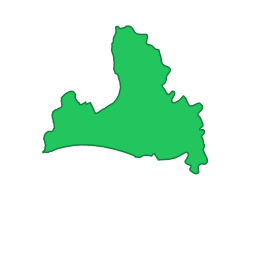 the district of Vung Tau, Bà Rịa - Vũng Tàu, Vietnam, rotated 46°
{"feature_id": "81297802B39135443664879", "entity_name": "Vung Tau", "entity_type": "district", "adm_level": 2, "iso_a3": "VNM", "parent_name": "Vietnam", "parent_adm1": "Bà Rịa - Vũng Tàu", "projection": "albers", "projection_center": [107.117, 10.402], "detail": "fine", "context": "isolated", "style": "filled", "palette": "green", "viewbox_px": 256, "rotation_deg": 46, "n_neighbors": 0, "source": "geoboundaries", "source_scale": "gbopen_adm2", "svg_char_len": 5667}
<svg xmlns="http://www.w3.org/2000/svg" viewBox="0 0 256 256"><g transform="rotate(46 128 128)"><path d="M115.6,57.0L114.9,56.7L114.1,56.6L111.8,56.9L110.6,57.4L110.0,57.9L109.0,58.2L108.2,58.5L107.2,58.7L106.1,58.7L105.3,58.6L103.3,57.7L99.8,55.1L95.9,53.2L94.2,52.1L93.3,51.7L93.0,51.7L91.9,52.4L91.2,52.9L90.1,53.6L85.5,53.6L84.6,53.9L84.1,54.2L83.5,54.5L82.0,55.8L81.1,56.0L80.1,55.9L79.5,55.6L79.1,55.2L78.7,54.7L78.3,54.1L77.5,53.1L76.3,51.2L75.5,50.4L75.0,50.0L74.3,49.8L73.7,49.8L73.3,49.9L72.9,50.2L72.4,50.8L71.9,51.4L71.4,51.9L70.5,52.9L68.3,54.9L67.7,55.5L67.1,55.9L66.3,56.3L64.5,56.6L63.1,56.5L60.7,55.9L59.0,55.6L57.8,55.6L56.7,55.8L55.9,56.2L55.1,56.8L54.0,58.1L53.6,58.7L53.6,59.8L53.2,61.1L51.5,64.1L51.1,64.5L49.9,64.9L48.8,64.6L48.4,64.6L47.8,64.8L47.3,65.4L47.0,66.1L47.0,66.5L47.0,66.8L48.0,67.7L49.6,68.8L50.7,70.1L51.1,70.7L52.3,73.1L52.7,75.0L53.2,75.8L53.4,76.2L54.5,77.4L55.3,78.2L55.8,78.7L56.0,79.1L56.1,80.0L56.1,80.8L56.2,81.0L56.5,81.2L58.5,83.1L59.3,84.0L60.3,85.3L61.0,85.9L63.2,87.1L65.6,88.2L67.1,89.0L67.9,89.8L69.0,90.8L71.0,92.1L72.1,93.2L74.3,95.5L75.0,96.5L75.9,97.3L78.1,98.4L79.0,98.6L79.5,98.9L79.6,99.1L79.8,99.2L80.0,99.1L80.6,98.8L81.1,98.6L81.7,98.5L82.9,98.5L83.8,98.9L85.7,100.1L89.7,102.1L93.7,105.1L95.8,108.3L98.0,111.9L99.3,116.0L100.0,120.7L98.7,126.0L97.8,131.8L97.0,133.2L96.1,139.1L95.9,139.6L94.9,141.4L86.8,138.5L83.5,137.5L82.1,141.4L79.9,140.7L79.2,144.3L78.5,145.7L78.0,146.2L77.8,146.3L77.3,146.2L76.7,145.9L75.9,145.7L75.6,145.8L75.3,146.1L73.4,145.8L72.1,145.7L70.5,145.5L69.7,145.0L69.2,144.4L68.7,144.1L68.5,143.5L67.6,142.7L66.6,142.3L65.2,142.2L63.6,142.3L62.4,143.0L61.2,144.9L60.6,147.3L60.3,147.9L59.9,150.4L59.9,150.6L60.1,152.5L59.9,153.2L60.1,153.9L60.0,154.3L60.0,154.7L61.1,155.7L62.1,157.0L66.1,159.9L66.4,160.5L66.6,161.0L66.6,162.5L66.3,163.5L65.8,164.1L65.7,164.6L65.6,165.3L65.4,165.8L65.5,166.5L65.4,166.8L65.1,167.0L64.7,167.3L64.6,167.5L64.3,169.9L64.2,170.7L64.5,171.2L65.1,171.5L65.3,171.7L65.4,172.4L66.0,173.7L67.2,174.4L68.1,175.2L68.3,175.3L70.8,176.5L71.5,177.4L71.7,177.6L72.9,177.9L73.7,178.3L76.2,180.3L76.8,181.1L77.1,181.6L77.1,181.9L77.6,183.3L77.8,183.9L77.8,184.7L77.4,185.7L77.2,185.8L76.2,186.5L75.5,187.3L75.1,188.1L74.8,189.7L74.8,191.0L75.0,192.0L75.5,193.5L75.9,194.1L76.4,194.6L76.7,195.2L76.9,195.7L77.2,196.1L77.6,196.3L78.8,196.7L79.5,197.0L79.8,197.2L80.0,197.5L80.7,197.8L83.4,199.4L83.6,199.8L83.9,200.5L84.3,201.1L85.0,201.8L85.9,202.9L86.0,203.3L86.0,205.2L86.0,205.6L86.2,206.0L86.4,206.1L86.6,206.2L86.8,206.2L87.1,205.6L87.2,204.9L87.3,204.6L88.1,204.1L88.8,203.7L89.7,202.8L90.0,202.4L90.1,202.1L90.1,201.5L90.6,200.3L90.9,200.1L91.5,199.2L93.7,193.3L95.7,189.7L96.1,189.4L96.2,189.2L96.4,188.6L96.7,188.0L98.5,185.3L100.0,182.9L100.4,182.6L102.0,180.1L103.5,178.2L107.9,173.0L110.8,170.3L110.9,169.9L111.6,169.3L111.8,169.0L112.0,168.8L112.5,168.8L113.5,167.7L115.4,165.7L115.9,165.5L116.3,165.2L116.7,164.6L117.4,164.2L117.7,164.0L118.3,163.2L118.6,163.1L119.0,163.0L119.8,162.3L120.3,161.9L120.7,161.5L121.4,160.8L121.6,160.7L121.9,160.7L122.1,160.6L123.8,159.0L131.6,153.8L133.6,152.4L135.5,151.4L137.2,150.4L138.2,149.9L142.8,147.2L145.8,145.7L149.1,144.1L151.4,143.1L152.7,142.7L153.2,142.8L153.5,142.9L153.8,142.9L153.8,142.7L153.6,142.5L153.7,142.4L155.4,141.6L155.8,141.3L157.4,139.7L157.7,139.2L158.1,137.1L158.3,136.6L158.5,136.2L159.0,135.4L159.7,134.5L160.9,133.1L161.8,132.3L163.8,131.0L164.2,130.7L164.4,130.4L164.5,130.2L164.4,129.8L164.2,128.7L164.2,128.4L164.3,128.1L164.8,126.9L172.1,128.3L172.4,127.8L179.0,120.2L181.8,115.5L182.3,114.6L183.1,112.3L184.2,108.6L185.3,104.2L185.7,103.4L186.5,102.5L187.1,102.3L187.7,102.3L188.5,102.6L189.3,103.3L190.0,104.4L190.6,106.0L191.0,107.5L191.4,109.5L191.7,110.1L192.1,110.5L192.7,110.7L193.6,110.7L195.3,110.4L197.0,109.5L198.6,109.1L199.1,109.1L199.5,109.4L199.8,109.9L200.3,111.4L200.7,112.3L201.3,112.5L202.0,112.6L203.3,112.5L204.6,112.4L205.5,112.0L206.7,111.7L207.6,111.3L208.6,110.3L209.0,109.4L209.0,108.8L208.9,108.0L208.7,107.6L208.5,107.4L207.0,106.5L206.2,105.9L205.2,105.2L204.8,104.8L204.4,104.1L204.1,103.2L204.2,101.4L204.5,100.5L205.1,99.8L206.4,98.7L207.4,97.8L207.8,96.9L207.8,96.2L207.7,95.5L207.4,94.5L206.6,93.5L205.6,92.8L204.3,92.2L200.5,90.9L196.7,89.6L195.9,89.2L195.4,88.6L194.7,86.9L194.6,86.2L194.1,85.5L193.7,85.1L193.2,84.9L192.4,84.7L191.4,84.2L190.2,83.3L188.5,82.3L187.7,81.9L185.9,81.4L185.4,81.1L185.1,80.7L184.8,79.9L184.8,78.8L184.8,78.1L184.5,76.9L184.3,76.2L183.9,75.7L183.4,75.3L182.9,75.0L182.3,74.9L181.8,75.0L181.1,75.5L179.9,77.2L179.4,77.6L179.0,77.5L178.5,77.1L178.3,76.2L178.6,73.3L178.5,72.8L178.1,72.2L177.4,71.6L176.7,71.2L175.3,70.7L173.8,69.9L170.5,68.9L169.4,68.8L167.5,68.8L167.0,68.6L166.6,68.3L166.3,68.0L166.1,67.3L166.1,62.6L165.9,61.9L165.6,61.2L165.3,60.7L164.8,60.1L164.1,59.4L163.4,59.1L161.5,59.2L160.6,59.1L160.2,59.2L159.8,59.4L159.4,59.8L159.0,60.2L158.7,60.8L158.2,62.4L157.7,63.9L157.0,65.9L156.4,66.9L155.6,67.7L154.8,68.2L154.4,68.3L153.8,68.3L150.3,67.3L148.6,66.7L146.8,65.8L143.6,65.8L143.4,66.2L143.5,67.2L143.7,68.4L143.7,69.5L143.7,72.0L143.1,74.3L142.6,75.9L142.1,77.2L141.6,77.6L140.6,78.1L139.9,78.1L139.0,77.7L138.7,77.5L138.2,77.0L137.8,76.5L137.4,75.8L136.9,73.1L136.7,72.5L136.2,71.6L135.4,70.3L134.5,69.7L133.6,69.7L133.0,70.0L132.5,70.4L132.3,70.9L132.4,71.9L132.5,73.3L132.5,74.1L132.4,75.0L132.1,75.4L131.6,75.9L131.0,76.0L129.5,75.9L128.1,75.7L127.4,75.3L125.1,74.9L121.2,74.2L120.9,73.0L121.1,71.6L121.2,70.6L121.1,69.8L120.1,67.5L119.7,66.9L118.7,65.8L117.6,64.4L117.1,63.1L116.9,61.0L116.5,59.4L116.3,58.5L116.0,57.6L115.6,57.0Z" fill="#22c55e" stroke="#15803d" stroke-width="1.5"/></g></svg>